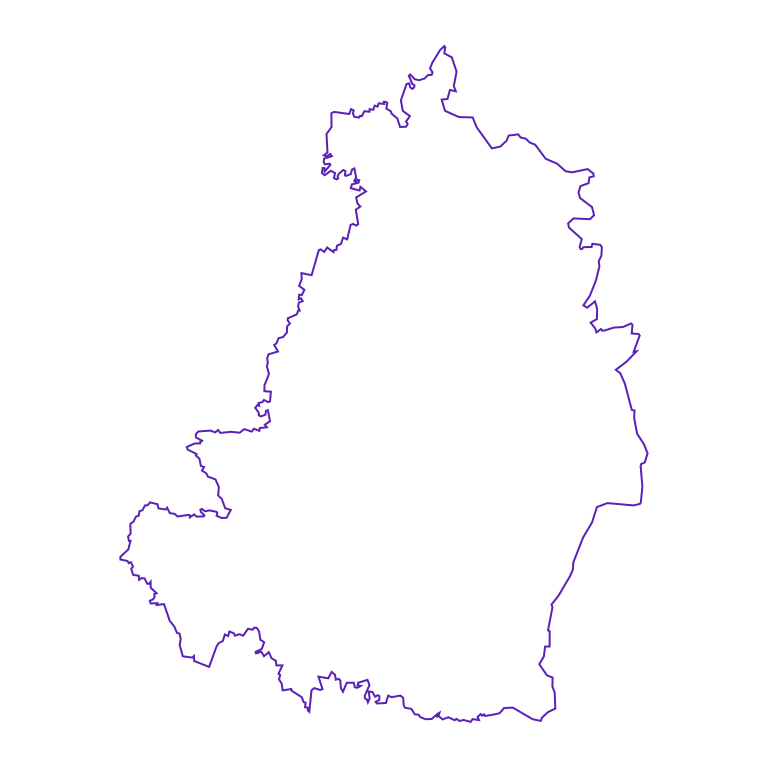 Gaibandha, Rangpur, Bangladesh (Natural Earth projection)
{"feature_id": "16705992B74857221285320", "entity_name": "Gaibandha", "entity_type": "district", "adm_level": 2, "iso_a3": "BGD", "parent_name": "Bangladesh", "parent_adm1": "Rangpur", "projection": "natural_earth1", "projection_center": [89.465, 25.343], "detail": "fine", "context": "isolated", "style": "outline", "palette": "violet", "viewbox_px": 768, "rotation_deg": 0, "n_neighbors": 0, "source": "geoboundaries", "source_scale": "gbopen_adm2", "svg_char_len": 6087}
<svg xmlns="http://www.w3.org/2000/svg" viewBox="0 0 768 768"><path d="M547.8,712.2L555.3,708.6L554.7,692.6L552.4,686.4L552.6,677.6L546.9,675.3L539.3,664.2L543.9,656.4L545.1,646.5L549.6,646.5L549.7,631.3L548.0,630.3L552.5,607.3L551.5,604.5L558.4,595.9L570.0,576.2L572.8,569.8L573.4,562.2L583.1,537.5L592.1,522.3L596.9,507.1L607.4,503.1L633.6,505.4L639.9,503.9L640.8,502.4L642.4,486.6L640.6,465.8L641.2,464.0L644.8,462.4L647.6,453.3L643.8,444.0L637.1,433.6L634.1,417.7L634.6,410.6L631.8,409.9L624.8,383.4L620.2,373.1L615.8,369.8L626.5,361.7L636.6,351.2L633.7,351.7L639.7,335.5L638.5,334.0L631.7,333.5L632.5,324.8L631.0,323.5L623.0,327.0L613.8,327.6L604.6,330.5L602.3,330.8L601.0,329.0L596.5,332.4L595.2,328.4L590.6,322.6L596.9,319.1L597.1,308.6L595.0,301.4L587.2,307.7L583.4,305.3L589.9,295.7L596.0,280.3L599.4,266.4L598.7,261.3L601.4,255.6L601.9,247.2L600.2,244.8L592.4,243.8L591.6,247.0L583.2,247.2L582.1,249.1L580.4,248.8L579.6,247.1L581.8,239.1L569.0,227.6L568.1,223.4L573.6,218.4L590.0,219.2L594.1,215.1L592.0,207.1L580.1,198.1L578.5,192.6L580.5,186.1L588.5,183.2L589.4,177.4L593.7,176.3L593.5,173.7L587.7,169.1L572.2,172.3L565.7,171.3L557.2,163.7L545.7,158.8L535.2,144.7L529.5,142.4L525.9,138.7L520.6,137.5L518.2,134.4L508.7,135.5L506.6,140.7L500.4,146.5L491.9,148.4L476.7,127.3L472.7,117.4L459.0,117.1L445.0,110.8L441.7,99.6L447.5,98.9L449.9,90.0L455.8,91.3L453.8,86.0L456.6,71.6L451.8,57.4L444.3,53.3L445.2,47.4L444.3,46.1L440.1,50.0L432.3,62.8L430.0,68.4L432.5,72.3L431.7,74.9L428.0,75.1L424.4,78.6L419.1,80.2L414.7,79.2L410.2,74.5L408.8,75.7L412.5,84.2L414.4,85.1L414.2,87.5L412.2,88.9L410.1,87.2L409.3,83.4L406.5,84.0L400.9,100.4L402.8,110.9L409.9,116.1L406.0,121.6L407.7,123.9L406.1,126.7L400.1,127.0L397.3,118.4L391.7,113.8L390.7,111.2L386.4,108.6L387.2,102.7L384.9,101.7L383.8,101.8L384.1,104.0L378.7,103.3L377.6,106.6L374.7,105.6L373.3,109.7L369.6,109.2L369.5,111.7L364.4,111.2L361.8,116.2L360.1,115.8L358.9,117.6L354.2,116.7L352.9,113.3L353.7,110.5L351.1,109.1L349.2,114.0L334.0,111.9L331.4,113.2L331.5,127.1L326.5,134.0L327.5,152.3L323.8,155.4L326.5,156.2L330.3,154.0L331.8,156.2L324.1,158.6L323.7,161.9L324.9,164.3L329.6,163.7L330.4,164.9L324.7,171.4L324.4,168.1L322.7,167.9L321.9,173.0L324.7,175.2L330.7,170.8L335.1,173.0L333.9,178.0L336.4,179.3L338.1,178.6L337.6,176.1L339.0,173.6L343.2,170.0L345.5,171.1L344.9,175.3L345.8,175.9L350.7,174.2L352.1,169.5L354.4,168.4L356.1,177.4L354.3,180.9L355.8,182.1L357.4,179.6L359.3,180.3L358.5,182.7L351.9,184.4L350.8,188.2L359.6,190.5L360.4,186.8L366.0,191.4L356.1,197.5L357.5,203.6L360.3,206.5L355.8,209.7L358.2,224.1L356.4,225.6L352.9,223.9L350.5,225.1L347.2,239.4L343.1,237.6L340.9,244.0L336.9,245.7L336.4,249.9L333.9,250.2L333.5,252.1L327.2,247.5L324.2,251.9L320.7,249.4L318.8,250.1L311.6,275.2L301.4,273.1L301.7,279.2L299.1,285.9L304.4,289.8L301.9,295.0L299.2,294.7L298.7,299.3L300.9,298.2L302.7,301.1L298.8,302.6L298.1,306.3L299.6,310.6L298.2,310.6L296.8,314.3L287.9,318.3L287.6,320.3L289.9,323.4L287.1,326.5L286.9,332.5L283.0,337.1L278.7,338.1L276.4,343.4L274.2,345.0L278.0,351.5L268.6,354.3L267.2,358.1L267.8,363.1L266.8,366.1L269.0,373.9L264.5,385.2L264.4,391.2L270.9,391.7L270.0,401.4L268.1,402.1L263.9,400.0L262.4,402.1L258.5,403.1L259.1,405.8L257.4,405.1L255.2,407.8L258.7,412.6L258.9,415.4L260.9,416.4L265.4,414.7L266.0,410.8L267.9,410.2L270.0,421.2L264.8,424.7L266.8,427.3L259.8,428.1L259.4,430.9L254.0,428.7L251.7,431.6L244.3,429.1L239.7,432.7L231.0,431.8L220.3,432.9L218.1,430.0L215.1,432.4L210.5,430.6L198.3,431.5L195.8,434.2L195.9,437.5L202.9,441.1L200.5,441.0L200.2,443.4L194.5,443.5L186.8,447.0L187.7,449.6L196.6,454.1L195.9,455.6L199.4,458.7L200.9,466.0L204.0,467.0L202.0,470.6L206.3,473.3L208.0,476.7L215.5,479.4L218.9,487.2L218.1,495.4L221.8,499.0L225.2,508.3L230.8,509.9L226.6,517.8L221.7,518.0L216.6,515.8L217.3,512.7L216.4,511.8L209.5,510.4L205.0,511.3L202.0,508.9L200.4,509.7L200.8,511.8L204.4,515.4L203.8,516.4L196.5,516.6L194.3,514.4L189.9,517.3L190.0,515.4L188.5,514.9L177.5,516.5L174.7,513.9L169.8,513.1L167.1,507.7L165.6,509.5L158.5,508.4L157.5,504.2L150.0,502.4L147.6,505.3L145.0,505.4L142.5,510.2L139.4,511.3L138.8,515.6L135.8,516.8L133.6,521.5L130.3,524.0L130.6,533.5L128.1,536.5L128.9,540.8L130.5,540.9L128.3,549.4L120.4,556.8L120.4,559.5L127.5,561.0L128.8,563.2L130.8,562.2L133.0,566.6L131.2,568.9L133.2,574.9L138.7,575.7L139.1,579.8L141.2,578.2L144.6,578.4L147.1,583.7L149.0,583.8L150.6,581.8L150.7,587.8L156.6,593.2L154.3,594.0L154.6,597.1L153.0,599.4L149.8,600.7L150.7,603.5L157.4,603.2L156.7,605.0L164.0,604.1L169.7,620.8L174.2,626.4L177.0,632.9L179.5,633.6L180.7,638.8L179.7,645.2L182.8,656.3L192.3,657.6L193.9,655.9L194.2,661.0L209.1,666.9L216.5,646.6L218.6,643.2L222.8,641.0L224.9,634.5L228.1,636.0L229.4,631.5L234.0,633.4L234.9,635.7L239.3,634.2L243.2,635.7L247.9,628.8L252.5,629.7L254.3,627.6L257.0,628.0L259.1,631.5L260.4,639.8L264.2,642.2L261.8,648.9L255.6,651.9L256.1,653.4L261.3,651.7L264.0,656.2L268.8,652.2L271.5,658.2L275.8,660.8L276.4,665.4L282.4,665.4L278.5,673.8L280.2,675.0L279.0,679.3L281.7,683.7L282.7,690.4L291.3,689.0L291.4,690.6L301.8,697.2L303.7,702.2L305.6,702.7L305.0,707.2L308.0,707.7L307.8,710.3L309.3,711.8L311.5,690.3L314.3,688.1L320.0,689.9L322.5,689.1L318.5,676.7L328.3,678.3L331.6,671.9L335.0,674.8L335.8,679.7L338.5,678.8L340.3,680.4L340.9,688.2L343.0,691.7L346.7,682.8L353.7,682.7L354.8,687.3L357.5,687.7L360.7,685.9L357.6,685.2L358.2,682.7L367.5,679.9L369.5,685.0L364.7,695.9L364.9,698.4L367.0,699.5L367.9,702.4L369.7,698.4L368.6,691.5L372.4,692.0L375.1,696.7L377.8,695.2L379.4,696.0L379.2,700.1L375.6,701.9L377.0,703.5L385.9,703.0L388.2,695.6L391.6,697.2L400.3,695.6L403.2,697.8L403.7,705.5L405.1,707.8L411.4,708.9L414.8,714.3L418.6,714.7L420.3,717.1L425.5,719.2L431.6,719.0L435.5,715.5L436.9,716.5L437.0,714.2L439.5,712.7L438.5,716.0L442.6,719.4L448.4,717.3L454.7,720.2L456.3,718.9L459.8,721.0L463.4,719.9L470.7,721.9L472.6,719.1L479.0,720.1L477.6,717.0L480.6,714.1L482.2,715.7L484.0,714.3L485.1,716.0L494.9,714.3L499.6,713.2L504.0,708.1L512.8,707.6L532.6,719.2L540.8,720.9L542.0,717.7L547.8,712.2Z" fill="none" stroke="#5b21b6" stroke-width="2"/></svg>